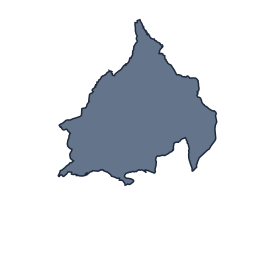 outline of Ocnele Mari, Vâlcea, Romania, rotated 139°
{"feature_id": "2599482B98582848146114", "entity_name": "Ocnele Mari", "entity_type": "district", "adm_level": 2, "iso_a3": "ROU", "parent_name": "Romania", "parent_adm1": "Vâlcea", "projection": "mercator", "projection_center": [24.271, 45.091], "detail": "fine", "context": "isolated", "style": "filled", "palette": "slate", "viewbox_px": 256, "rotation_deg": 139, "n_neighbors": 0, "source": "geoboundaries", "source_scale": "gbopen_adm2", "svg_char_len": 5771}
<svg xmlns="http://www.w3.org/2000/svg" viewBox="0 0 256 256"><g transform="rotate(139 128 128)"><path d="M84.7,177.3L86.4,177.0L87.5,177.7L87.8,177.0L88.2,176.8L88.6,176.8L88.5,177.5L88.8,177.7L90.8,177.7L94.5,176.8L95.7,176.7L97.0,177.0L101.6,177.2L103.2,176.8L103.8,176.4L105.1,178.0L104.9,178.6L104.1,179.2L104.3,180.4L104.0,180.6L103.9,180.9L103.2,181.0L103.5,182.0L104.2,182.3L104.2,182.6L104.5,182.6L104.6,183.7L105.0,183.3L105.6,183.2L107.9,183.5L108.9,183.0L111.8,183.4L113.4,184.0L114.6,184.0L115.0,183.5L115.7,183.5L117.3,183.0L118.0,183.1L118.4,183.4L120.5,182.2L121.2,183.0L123.3,181.2L123.9,181.7L124.0,181.5L124.5,181.5L124.6,181.1L125.3,181.1L125.4,180.8L125.6,180.8L125.8,180.2L126.3,180.5L126.6,180.6L127.7,180.2L128.5,180.5L129.5,180.5L130.3,180.0L130.4,178.2L131.0,178.3L131.8,178.1L132.8,178.1L133.6,178.6L134.7,178.6L135.2,178.4L139.5,174.5L139.9,174.1L139.8,173.5L143.4,172.7L144.9,171.6L146.1,171.1L146.6,171.1L147.5,171.4L148.8,172.3L150.1,172.9L154.6,168.3L155.5,168.1L156.8,168.2L161.4,170.1L163.5,171.1L166.6,172.0L167.8,173.3L169.5,174.4L174.0,174.5L175.2,174.7L176.5,175.2L178.1,175.2L178.5,173.0L177.9,172.8L177.7,172.2L178.3,171.3L178.3,170.3L178.2,169.5L178.0,168.9L177.6,168.5L175.7,167.8L175.0,167.1L175.0,166.6L175.3,165.4L175.0,161.9L175.6,161.7L175.8,161.9L176.5,161.2L177.3,161.0L178.0,160.5L178.8,159.4L179.9,159.0L181.9,157.8L184.4,155.7L184.7,154.8L185.3,154.1L185.4,153.6L185.4,151.9L185.1,150.4L184.7,149.3L184.3,148.8L185.5,147.7L186.4,147.5L188.6,146.7L189.8,145.6L191.4,142.8L191.2,140.8L190.7,138.9L193.3,138.9L194.3,139.6L195.3,139.8L195.5,139.8L196.3,139.3L199.4,139.7L202.0,139.4L203.3,139.6L204.9,139.5L207.1,140.2L209.1,138.9L211.9,137.8L212.0,137.3L212.0,136.9L211.7,136.5L210.7,136.8L209.6,136.7L209.1,136.5L208.9,136.2L208.7,134.0L208.1,133.6L204.5,133.6L202.0,134.2L200.9,133.1L199.6,131.6L200.9,130.3L200.4,129.5L199.8,128.8L198.6,128.0L197.4,126.6L197.8,126.5L198.2,126.1L196.5,124.6L196.0,123.7L194.1,121.8L191.7,120.4L191.4,120.6L191.2,120.9L190.2,121.2L189.1,121.3L188.3,121.0L188.4,120.6L188.5,120.4L190.1,119.8L189.9,119.7L185.4,119.6L184.2,119.2L183.9,118.8L182.7,119.0L178.9,115.0L177.9,114.6L176.7,114.5L176.2,114.0L175.7,114.2L175.1,113.3L174.4,113.1L174.4,111.6L172.3,107.7L171.8,104.8L171.9,102.9L172.1,102.4L170.8,100.6L169.8,98.6L169.3,97.2L168.0,96.3L167.4,95.7L168.8,94.3L166.9,92.6L166.5,91.3L166.7,89.0L167.1,87.6L167.7,86.8L166.7,86.3L165.0,85.9L164.3,84.8L163.6,84.2L159.8,83.8L158.7,84.1L158.3,84.5L158.2,85.2L158.9,87.3L160.2,89.1L161.9,91.0L162.3,91.5L162.5,92.3L162.4,93.7L162.0,94.1L161.2,94.7L160.4,94.9L159.3,95.0L157.7,94.5L156.7,93.9L156.0,93.8L155.4,93.2L152.6,91.8L152.1,90.8L151.1,90.5L150.4,89.7L147.3,89.4L146.6,88.2L145.3,87.6L144.8,86.9L143.7,83.8L143.6,82.3L143.3,83.3L142.9,85.0L142.5,85.0L141.1,83.2L137.8,76.8L137.3,76.6L136.0,77.1L134.8,79.0L131.0,81.7L129.4,83.4L128.8,83.8L128.5,84.6L128.6,85.0L128.1,85.8L125.8,87.5L124.5,87.6L124.2,87.5L123.0,86.4L119.3,84.5L118.8,83.5L118.0,83.0L113.7,82.1L112.3,82.3L111.5,81.8L110.7,81.7L110.3,81.5L110.0,81.7L109.4,81.6L109.0,81.9L108.5,81.7L108.5,82.1L108.4,82.3L107.3,82.3L106.3,84.0L105.5,84.4L103.7,86.0L103.3,86.1L102.7,86.4L100.7,85.5L99.2,84.1L98.3,84.3L96.8,84.0L96.1,84.4L95.0,84.5L91.9,83.3L91.2,83.3L91.1,83.0L91.2,81.9L92.1,80.1L92.1,79.1L92.4,78.5L93.1,78.0L93.1,77.5L93.0,77.0L93.0,76.7L95.1,72.8L95.3,72.1L96.8,71.4L97.6,70.4L97.9,69.6L98.7,69.1L100.2,67.6L101.1,66.3L101.8,65.6L102.0,65.0L102.9,63.4L103.2,62.4L104.5,59.8L106.1,55.4L106.7,54.9L107.1,54.2L107.7,53.7L107.7,53.3L107.3,53.0L106.6,53.2L105.8,53.0L105.5,53.2L101.9,53.4L100.3,55.5L99.1,55.8L97.9,56.8L93.8,58.8L82.0,59.2L80.6,58.8L76.9,60.1L70.5,61.5L69.0,62.2L68.0,63.4L63.2,70.1L60.4,72.7L57.0,74.4L53.9,79.9L52.0,80.9L51.4,82.4L51.7,84.4L52.7,85.2L53.5,86.7L54.4,90.0L54.6,92.2L55.1,93.4L55.5,94.8L55.3,95.7L55.6,96.6L55.6,97.5L55.4,98.8L55.1,99.6L54.3,100.9L53.7,103.1L53.9,104.1L54.7,104.9L54.9,105.5L54.8,106.7L54.6,107.4L54.0,107.7L53.4,107.7L52.9,108.3L52.1,108.6L52.2,109.8L51.3,110.0L50.4,109.8L50.0,110.0L48.4,111.3L47.2,113.4L45.9,115.0L45.0,116.5L44.3,117.3L44.1,117.7L44.0,118.9L44.0,120.5L44.5,121.6L46.9,123.8L48.6,124.9L48.5,125.3L48.7,125.9L48.6,126.8L48.8,128.0L49.9,128.5L50.9,128.4L51.3,128.6L51.7,129.7L52.6,130.2L53.1,131.0L53.4,132.0L53.5,133.1L54.5,134.1L54.5,134.6L54.8,135.0L55.3,135.5L56.2,136.0L56.3,136.5L56.1,137.5L55.8,138.3L55.7,139.1L55.1,141.3L54.5,146.1L54.3,146.7L54.4,147.6L55.2,149.4L55.5,150.8L55.1,152.0L55.0,153.0L55.2,153.6L54.5,154.5L54.5,155.1L54.8,156.0L54.4,156.6L53.7,157.2L53.5,157.8L52.9,158.4L53.2,159.0L53.5,160.1L53.5,160.8L53.2,161.3L53.7,161.7L53.6,162.1L55.5,163.4L55.7,163.9L54.5,164.4L53.5,165.6L53.1,165.8L52.4,165.9L51.8,166.2L51.0,166.2L50.3,166.4L49.1,166.3L48.9,166.4L49.1,166.8L49.0,167.1L48.4,166.8L48.0,166.9L47.9,167.6L47.6,168.1L48.8,169.5L48.8,170.1L48.4,170.3L48.3,170.6L48.4,171.5L49.5,173.6L49.6,175.4L50.2,176.1L50.3,176.4L50.3,176.7L50.0,177.2L49.8,178.0L50.6,178.4L50.9,179.2L51.3,179.7L51.8,180.5L51.6,180.9L51.8,182.1L51.4,182.9L51.1,184.6L50.9,185.2L51.0,185.7L51.3,185.9L51.7,185.6L52.2,185.5L52.3,185.7L52.4,186.2L52.2,186.6L50.9,187.6L50.9,188.2L51.6,189.1L51.4,189.3L50.6,189.5L50.6,189.9L50.8,190.1L50.9,190.8L51.1,191.2L50.6,192.8L50.7,193.0L51.0,193.3L50.7,193.7L49.8,194.0L49.7,194.3L50.0,195.4L49.3,196.7L48.7,199.8L47.9,201.9L50.6,203.0L51.7,201.5L52.3,201.8L53.5,202.9L54.7,201.7L56.6,198.9L58.8,196.3L60.2,193.6L60.5,192.6L60.6,191.7L61.7,190.7L62.4,190.6L62.7,190.4L63.6,189.1L63.8,187.7L64.0,187.4L64.7,187.0L66.4,186.9L67.4,186.4L68.2,186.3L70.1,185.7L71.3,184.4L72.6,183.4L73.9,182.9L75.9,181.0L76.2,180.5L77.2,179.8L78.5,179.7L79.5,178.7L79.8,178.8L80.5,179.6L81.7,178.9L83.0,177.9L84.7,177.3Z" fill="#64748b" stroke="#1e293b" stroke-width="1.5"/></g></svg>